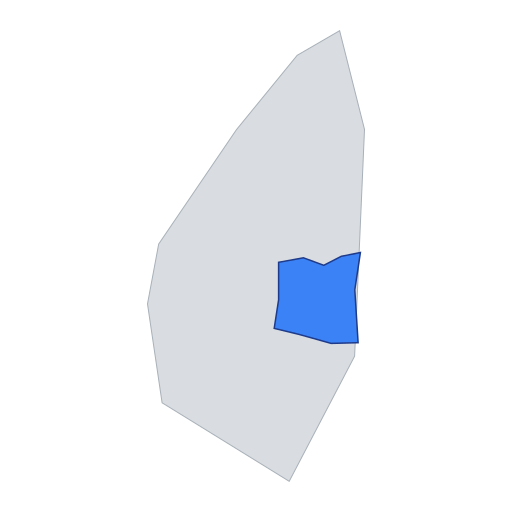 Praslin on a map of Saint Lucia (Mercator projection)
{"feature_id": "LCA-5084", "entity_name": "Praslin", "entity_type": "Quarter", "adm_level": 1, "iso_a3": "LCA", "parent_name": "Saint Lucia", "parent_adm1": "", "projection": "mercator", "projection_center": [-60.926, 13.871], "detail": "fine", "context": "in_parent", "style": "filled", "palette": "blue", "viewbox_px": 512, "rotation_deg": 0, "n_neighbors": 0, "source": "natural_earth", "source_scale": "10m", "svg_char_len": 468}
<svg xmlns="http://www.w3.org/2000/svg" viewBox="0 0 512 512"><path d="M354.6,356.2L289.2,481.3L162.1,402.8L147.5,303.9L158.7,244.0L236.5,129.6L297.2,55.3L339.6,30.7L364.5,129.4L354.6,356.2Z" fill="#d9dde1" stroke="#a8b0b8" stroke-width="1"/><path d="M360.4,252.5L354.8,289.8L358.1,342.7L331.1,343.4L299.0,334.4L274.2,328.4L278.6,299.8L278.6,287.8L278.6,262.3L303.4,257.8L323.8,265.3L341.3,256.3L360.4,252.5Z" fill="#3b82f6" stroke="#1e3a8a" stroke-width="1.5"/></svg>